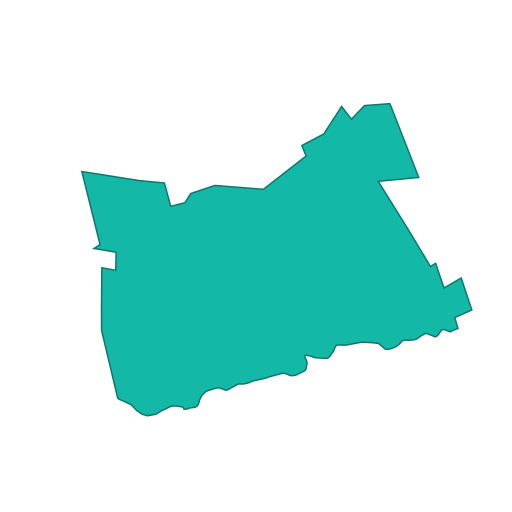 Sullivan, New Hampshire, United States of America (Mercator projection), rotated 247°
{"feature_id": "52423323B69622605067069", "entity_name": "Sullivan", "entity_type": "district", "adm_level": 2, "iso_a3": "USA", "parent_name": "United States of America", "parent_adm1": "New Hampshire", "projection": "mercator", "projection_center": [-72.337, 43.365], "detail": "fine", "context": "isolated", "style": "filled", "palette": "teal", "viewbox_px": 512, "rotation_deg": 247, "n_neighbors": 0, "source": "geoboundaries", "source_scale": "gbopen_adm2", "svg_char_len": 1650}
<svg xmlns="http://www.w3.org/2000/svg" viewBox="0 0 512 512"><g transform="rotate(247 256 256)"><path d="M179.4,73.2L177.9,73.8L168.0,82.9L160.1,86.0L154.9,89.3L151.4,93.5L149.6,101.2L149.5,102.5L150.4,108.4L150.9,119.3L149.2,123.8L145.9,129.1L145.0,129.9L143.1,129.8L142.1,132.6L142.1,135.1L140.6,140.7L140.7,142.7L141.9,144.9L145.7,148.1L148.4,150.9L150.6,156.3L150.9,157.6L150.8,160.0L150.1,166.6L149.4,169.8L148.5,171.2L144.6,175.4L144.0,176.5L143.9,178.3L145.1,189.0L144.8,190.5L143.2,194.1L142.2,198.9L142.1,204.8L141.8,206.3L139.8,217.0L139.7,220.3L138.9,226.3L137.6,235.1L136.8,236.6L132.4,241.0L131.1,244.2L130.8,247.0L131.3,255.3L131.5,256.5L132.2,257.7L137.6,261.3L139.5,261.6L144.2,261.5L145.4,262.2L144.9,263.7L142.4,267.3L140.2,269.5L139.2,270.9L136.1,277.1L134.7,279.7L134.0,281.8L134.0,282.8L134.9,284.9L138.4,290.6L141.1,293.1L142.2,295.0L142.3,296.3L138.9,303.7L135.4,319.6L131.1,328.5L127.6,334.7L119.9,338.5L119.3,339.3L118.0,342.8L117.8,349.5L119.1,354.1L120.5,356.7L120.8,357.9L120.7,358.2L120.4,360.2L118.6,364.2L117.0,369.0L116.9,372.0L118.0,376.8L118.5,381.7L117.8,383.0L111.4,389.6L111.9,392.2L115.1,397.5L115.3,399.5L114.5,400.8L110.2,405.3L110.5,406.9L110.4,413.6L121.7,414.9L122.0,433.6L155.6,436.3L153.1,416.5L179.1,418.5L178.1,412.5L217.3,407.0L277.0,397.7L264.7,436.5L343.9,438.8L352.1,414.6L344.6,397.3L360.2,393.2L341.9,366.2L339.8,341.4L328.5,341.2L314.5,288.9L321.0,276.4L337.0,245.7L339.0,220.4L332.8,211.4L335.1,196.9L359.0,200.2L370.8,178.4L401.8,128.7L327.5,116.9L326.2,109.8L314.1,128.7L297.6,121.3L305.4,109.5L268.8,93.6L247.9,84.8L179.4,73.2Z" fill="#14b8a6" stroke="#0f766e" stroke-width="1.5"/></g></svg>